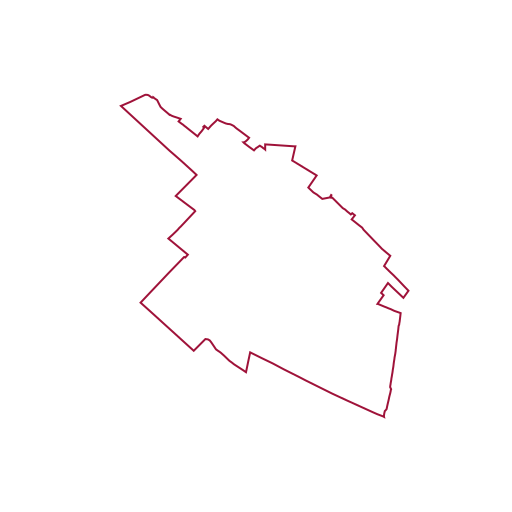 Deveselu, Olt, Romania (Natural Earth projection), rotated 33°
{"feature_id": "2599482B83745956221005", "entity_name": "Deveselu", "entity_type": "district", "adm_level": 2, "iso_a3": "ROU", "parent_name": "Romania", "parent_adm1": "Olt", "projection": "natural_earth1", "projection_center": [24.397, 44.055], "detail": "fine", "context": "isolated", "style": "outline", "palette": "rose", "viewbox_px": 512, "rotation_deg": 33, "n_neighbors": 0, "source": "geoboundaries", "source_scale": "gbopen_adm2", "svg_char_len": 3776}
<svg xmlns="http://www.w3.org/2000/svg" viewBox="0 0 512 512"><g transform="rotate(33 256 256)"><path d="M310.9,358.9L310.8,358.6L310.6,358.2L310.1,356.8L307.0,348.9L303.6,340.0L316.6,338.5L328.4,337.0L341.0,335.9L359.1,333.9L365.4,333.3L394.9,329.9L410.4,327.7L439.6,323.3L443.9,322.6L449.9,321.3L451.0,321.2L450.7,320.9L450.2,320.1L449.7,319.0L449.2,317.9L448.9,317.0L448.5,316.0L448.5,315.7L448.7,315.1L448.9,313.3L448.8,313.0L447.7,310.2L446.6,307.2L445.6,304.4L444.4,301.3L443.9,299.8L443.2,297.7L442.5,295.9L442.0,294.8L442.0,294.4L441.9,294.1L439.9,292.9L439.1,291.3L438.7,290.3L438.3,289.5L436.9,286.2L436.2,284.8L435.6,283.3L434.7,281.3L434.2,280.1L433.9,279.4L433.2,277.9L432.7,276.9L431.8,274.8L431.4,273.9L430.2,271.5L429.2,269.4L428.2,267.1L427.5,265.7L426.1,262.3L424.8,259.5L424.3,258.6L424.1,258.3L423.9,257.7L423.5,257.0L423.1,256.2L422.5,255.0L421.8,253.6L421.0,252.0L419.7,249.1L418.7,247.1L417.8,245.3L415.3,240.1L413.7,237.0L413.6,236.4L413.5,236.1L413.5,235.7L413.2,235.1L412.6,233.8L412.3,233.0L409.9,228.1L409.4,227.1L408.4,225.1L405.1,225.9L401.8,226.7L397.9,227.2L395.7,227.7L393.3,228.1L391.5,228.5L389.3,228.9L387.1,229.3L385.4,229.6L384.4,229.8L384.0,230.0L384.0,228.9L384.1,226.6L384.2,224.2L384.4,219.4L381.0,218.8L381.4,206.8L387.0,208.0L402.4,210.8L402.8,202.1L397.2,200.8L391.8,199.5L388.1,198.6L384.3,197.8L382.2,197.3L381.1,197.1L380.5,197.0L378.9,196.7L377.6,196.5L376.9,196.3L375.6,196.1L374.4,195.8L373.3,195.6L372.2,195.4L371.7,195.2L371.2,195.2L370.6,195.0L370.1,194.9L368.9,194.7L368.5,182.7L363.3,182.1L357.7,181.4L355.3,180.8L347.4,179.0L344.8,178.4L343.6,178.1L331.9,175.4L329.6,174.4L325.7,174.1L316.3,173.2L316.8,168.0L313.4,167.7L312.9,169.5L310.6,169.2L308.3,169.0L305.5,168.5L302.7,168.6L295.6,167.1L288.5,165.6L287.2,166.2L286.1,163.9L285.8,163.9L286.0,166.7L280.5,172.0L276.3,171.6L273.6,171.3L270.6,171.4L269.4,171.4L264.1,170.4L262.6,170.1L263.0,155.4L234.3,156.2L229.3,142.6L228.7,143.0L206.8,155.2L203.3,157.2L202.9,157.4L205.7,161.7L205.1,161.6L203.3,161.6L201.9,161.4L200.0,161.4L199.1,161.4L198.7,162.3L198.1,163.8L197.4,165.3L197.2,166.0L196.8,168.5L190.6,168.2L186.8,167.9L184.9,167.8L183.6,167.5L184.0,167.2L184.3,166.7L184.9,165.5L185.4,163.7L185.7,162.2L185.7,161.6L185.8,160.6L173.7,159.8L170.1,159.6L167.8,159.3L167.1,159.1L166.1,159.1L165.0,159.2L163.3,159.4L162.2,159.7L160.5,160.6L158.5,161.3L156.3,161.7L153.9,162.1L151.6,162.5L149.2,162.4L148.9,164.7L147.8,169.1L147.3,171.3L146.7,175.5L141.8,174.9L141.5,176.4L142.6,176.6L142.6,177.7L142.5,179.7L142.5,180.0L142.4,181.1L142.1,183.4L142.0,183.6L141.9,185.7L141.9,187.5L138.1,187.1L128.8,186.2L127.1,186.0L125.6,185.9L124.5,185.8L124.0,185.7L123.1,185.6L121.7,185.6L117.8,185.3L118.1,182.0L114.9,182.8L110.8,183.9L108.8,184.3L106.7,184.4L106.6,184.7L104.1,184.3L102.5,184.1L100.1,183.8L97.2,183.4L95.1,183.0L94.7,182.9L93.3,182.1L91.9,181.3L88.2,179.1L87.4,179.1L83.8,179.0L83.7,179.0L83.6,178.8L83.4,178.8L83.5,179.0L82.9,179.7L82.7,179.8L81.1,179.9L80.4,179.8L79.1,179.7L77.9,179.8L77.0,180.1L76.0,180.7L75.5,181.0L75.0,181.6L74.4,182.6L66.7,195.2L61.0,203.7L126.4,214.8L135.7,216.1L141.9,217.0L150.5,218.4L157.1,219.5L162.0,220.4L157.7,241.2L156.0,249.4L167.2,250.2L173.2,250.6L179.3,251.0L180.6,251.5L176.8,272.5L176.4,274.0L176.0,276.9L174.3,284.2L174.2,284.5L173.0,289.1L198.1,292.0L197.5,295.8L196.5,295.9L196.3,296.0L196.2,296.2L196.2,296.3L192.0,317.8L191.5,320.5L187.1,344.3L184.6,358.0L194.9,359.6L255.4,369.4L258.8,353.2L260.1,352.6L261.1,352.1L263.2,352.0L265.3,352.7L267.7,353.7L270.3,354.8L272.6,355.8L273.4,356.1L275.9,356.2L277.6,356.2L279.3,356.3L281.1,356.6L283.2,356.9L286.3,357.5L289.8,358.2L291.0,358.4L293.6,358.5L296.6,358.8L299.7,358.8L304.6,358.8L307.0,358.8L310.9,358.9Z" fill="none" stroke="#9f1239" stroke-width="2"/></g></svg>